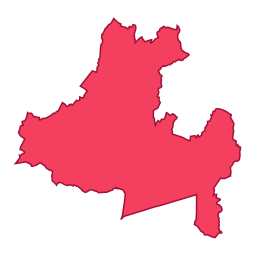 El Arenal, Jalisco, Mexico (Robinson projection)
{"feature_id": "50627088B54268846240144", "entity_name": "El Arenal", "entity_type": "district", "adm_level": 2, "iso_a3": "MEX", "parent_name": "Mexico", "parent_adm1": "Jalisco", "projection": "robinson", "projection_center": [-103.666, 20.759], "detail": "fine", "context": "isolated", "style": "filled", "palette": "rose", "viewbox_px": 256, "rotation_deg": 0, "n_neighbors": 0, "source": "geoboundaries", "source_scale": "gbopen_adm2", "svg_char_len": 5818}
<svg xmlns="http://www.w3.org/2000/svg" viewBox="0 0 256 256"><path d="M39.4,117.5L38.7,117.7L36.0,116.8L33.3,116.4L32.4,114.4L31.4,113.3L30.9,113.2L29.4,113.4L28.1,113.1L27.6,112.6L26.6,117.1L24.9,120.9L23.4,121.1L22.9,121.5L22.3,121.4L22.0,121.7L22.3,122.3L22.2,122.9L22.5,124.1L23.1,124.4L23.2,125.3L22.3,125.3L20.6,126.1L20.2,126.7L19.8,128.9L18.5,132.6L20.3,135.7L24.8,139.0L20.4,147.5L20.2,149.6L22.3,150.3L24.5,151.7L24.4,152.8L24.1,153.2L23.3,153.4L21.1,154.8L20.2,155.7L19.5,155.3L19.9,157.1L19.7,157.7L19.0,159.0L15.4,163.6L25.7,161.9L29.1,163.4L31.2,164.7L31.1,165.5L31.5,166.2L32.7,166.3L33.7,165.8L36.0,165.4L38.8,163.5L40.9,162.9L42.3,164.3L45.0,165.9L45.6,167.2L46.8,168.4L48.7,169.7L51.6,170.7L52.5,171.6L52.3,174.2L51.7,175.9L52.2,178.2L52.2,180.8L54.9,183.1L56.6,185.2L57.4,183.5L59.0,182.7L60.2,182.5L62.6,183.2L64.0,184.4L67.5,185.5L70.3,184.8L73.3,186.0L73.8,185.0L75.0,185.1L76.7,186.3L77.5,186.2L81.9,189.6L81.8,190.3L85.2,192.4L87.1,191.8L89.3,190.3L90.9,189.7L92.3,189.9L94.9,191.0L96.4,191.2L98.6,192.7L107.3,192.1L110.9,190.5L112.5,190.1L113.3,188.6L116.1,188.2L117.1,188.6L116.6,187.6L121.4,189.5L122.9,189.7L125.5,194.6L125.2,195.1L124.7,200.2L122.5,215.2L122.1,216.7L121.1,218.8L121.2,219.0L122.9,217.3L124.6,216.2L146.8,209.4L148.3,208.8L156.1,206.5L164.0,204.5L163.7,204.5L196.6,194.6L196.5,214.0L196.2,216.4L196.4,219.4L195.1,221.0L194.4,224.5L197.3,226.1L201.3,231.7L203.2,232.3L203.6,232.8L204.4,234.7L204.8,234.9L206.2,234.9L207.2,234.5L208.2,235.3L210.2,235.8L210.9,236.5L214.5,237.5L215.2,237.5L218.4,233.4L219.7,233.0L221.7,233.0L221.8,232.6L221.2,231.5L219.6,231.3L219.3,231.0L219.5,230.2L219.1,229.5L219.0,227.8L218.5,226.9L218.5,226.5L219.4,225.4L218.8,223.6L219.2,222.6L219.1,221.2L218.8,220.7L219.0,217.6L218.1,216.8L217.8,215.9L217.9,215.5L218.5,214.8L218.5,212.5L220.7,211.8L221.9,210.5L221.9,208.6L221.4,207.6L221.4,207.0L219.9,205.7L219.3,204.7L217.1,204.3L216.7,204.0L216.8,202.5L217.7,201.6L218.6,201.2L219.2,200.3L219.9,200.2L220.3,199.6L220.2,199.2L218.2,198.4L216.9,198.1L216.1,197.2L216.6,195.5L216.6,194.4L214.7,194.4L213.5,195.4L214.4,189.9L213.5,188.5L220.6,178.2L222.8,178.6L224.5,178.6L225.7,178.2L230.7,175.8L230.0,174.8L230.9,173.4L230.9,171.4L230.4,168.2L230.4,167.4L232.4,164.8L233.7,162.3L234.6,161.5L235.5,161.2L237.5,161.1L238.2,160.8L239.0,160.0L239.4,159.3L240.0,155.2L239.8,151.4L240.0,150.2L240.5,149.6L240.2,149.2L240.2,148.7L240.6,147.4L238.9,146.3L238.2,146.7L237.9,146.6L237.8,144.7L236.9,145.5L236.3,145.3L235.8,144.2L236.3,141.8L236.2,141.1L235.8,140.7L233.3,139.7L232.6,138.2L233.7,130.5L233.1,129.3L233.0,128.3L233.9,123.9L233.8,123.3L230.7,117.8L230.7,116.8L231.3,114.6L230.1,114.1L225.6,111.1L221.6,109.5L217.7,108.6L216.0,109.0L215.4,109.6L215.0,111.1L214.5,111.4L214.0,111.2L213.1,111.4L212.1,115.3L210.9,115.1L211.4,116.5L211.1,118.2L209.6,121.1L207.6,121.4L207.5,124.2L206.6,125.4L206.5,126.3L205.1,127.3L205.4,127.8L205.0,128.7L204.9,130.2L204.7,130.8L202.1,132.5L201.6,133.7L201.8,135.1L199.6,136.7L198.9,136.8L198.6,135.7L198.0,135.0L197.7,135.0L197.4,135.2L196.9,137.1L196.4,137.6L195.8,137.3L195.3,136.1L194.8,135.6L191.1,136.4L190.5,136.3L190.1,140.7L188.1,140.1L188.0,140.4L183.3,137.7L172.1,133.9L172.4,131.0L171.5,129.5L172.7,127.5L173.3,122.7L174.0,121.6L174.4,120.5L176.7,118.5L177.0,117.1L175.5,116.2L174.5,114.7L174.0,114.8L173.4,114.0L172.4,113.9L170.6,115.3L169.7,115.1L168.6,114.3L168.3,113.7L166.6,112.6L166.4,112.7L165.7,115.1L165.2,117.3L163.9,119.2L163.0,119.5L161.6,119.2L159.9,122.1L158.0,120.5L155.9,123.7L155.3,125.6L154.9,125.0L155.1,123.7L154.7,122.5L154.7,121.4L154.4,119.5L154.4,118.4L153.3,117.5L153.4,111.6L153.6,110.7L154.3,109.9L157.7,108.1L160.2,102.8L160.2,102.4L159.0,100.4L159.0,98.5L159.3,97.3L157.7,97.1L157.4,96.9L157.3,96.1L158.5,94.0L158.7,92.2L158.3,89.4L158.5,88.6L159.1,88.2L161.1,87.4L161.7,86.3L161.8,85.7L161.0,84.6L161.3,82.8L161.0,81.2L161.5,80.3L160.9,78.2L162.0,76.4L161.7,75.4L161.0,74.9L160.0,74.6L159.3,72.6L158.7,72.0L158.4,71.2L158.8,71.0L159.0,69.8L160.1,69.5L161.3,67.3L163.4,65.9L164.3,66.2L164.4,65.8L165.1,66.2L166.8,65.6L169.2,64.4L169.9,64.6L169.8,64.3L172.2,63.5L173.0,62.0L173.6,61.7L175.3,61.8L175.9,61.1L178.5,59.7L179.0,59.2L180.2,60.4L182.5,60.4L184.3,58.3L186.1,57.4L189.0,54.8L188.3,53.9L185.0,52.5L182.0,50.2L181.4,49.2L180.8,46.7L180.6,43.0L180.2,42.1L178.2,39.7L177.6,37.0L177.8,34.6L179.3,32.0L179.7,30.7L179.6,29.5L178.4,26.7L177.2,25.6L176.7,29.8L173.1,29.1L168.6,27.4L167.4,27.2L166.3,28.0L163.7,26.3L163.2,26.6L162.9,27.5L161.8,27.6L160.6,28.4L159.7,29.3L159.6,30.9L159.0,31.1L158.7,31.5L157.9,31.6L157.1,32.5L157.1,33.2L157.0,33.4L157.3,35.4L158.4,37.7L156.5,38.4L154.7,39.6L153.9,40.8L153.4,41.1L151.9,42.7L150.8,42.9L151.6,39.7L150.1,40.0L149.6,40.6L148.5,40.5L144.8,41.8L142.5,38.5L141.9,36.9L140.5,37.6L138.5,39.3L135.1,42.7L135.2,39.6L134.6,38.6L134.3,35.6L134.5,33.0L135.9,28.4L135.5,25.4L133.0,24.6L132.3,26.3L131.6,27.2L129.4,26.4L128.7,28.0L127.5,29.0L126.3,27.6L120.5,26.1L121.0,24.1L117.8,22.4L113.7,18.5L113.4,19.3L112.3,20.9L111.8,22.3L110.3,23.9L108.7,24.7L107.4,26.3L107.2,27.2L106.4,27.3L105.8,28.5L105.2,28.7L103.0,33.7L102.0,34.1L101.6,38.4L102.7,39.7L102.3,43.3L101.0,44.5L100.4,49.2L100.0,57.0L99.5,58.4L98.6,59.4L99.0,61.1L98.9,61.5L97.8,62.9L97.9,63.6L98.6,64.6L98.6,65.5L98.1,66.6L97.5,66.5L96.9,68.9L97.3,69.4L96.6,72.2L92.3,70.9L80.3,86.2L84.2,88.4L85.9,89.7L86.3,90.5L86.7,90.6L87.4,91.0L85.5,93.3L83.9,95.9L83.6,97.8L81.3,97.7L79.8,96.9L79.7,100.3L78.1,100.6L76.3,100.3L72.8,104.9L71.1,104.2L69.9,104.5L69.8,105.1L69.2,104.8L68.5,106.0L67.3,106.5L66.2,106.0L66.1,105.5L65.9,105.5L64.3,103.7L62.4,102.6L58.3,110.9L57.8,111.0L56.2,111.9L55.1,113.1L54.2,113.6L53.5,113.2L50.6,115.6L46.7,117.8L43.5,118.6L42.8,118.4L39.9,120.1L39.5,119.8L39.2,118.7L39.5,118.4L39.4,117.5Z" fill="#f43f5e" stroke="#9f1239" stroke-width="1.5"/></svg>